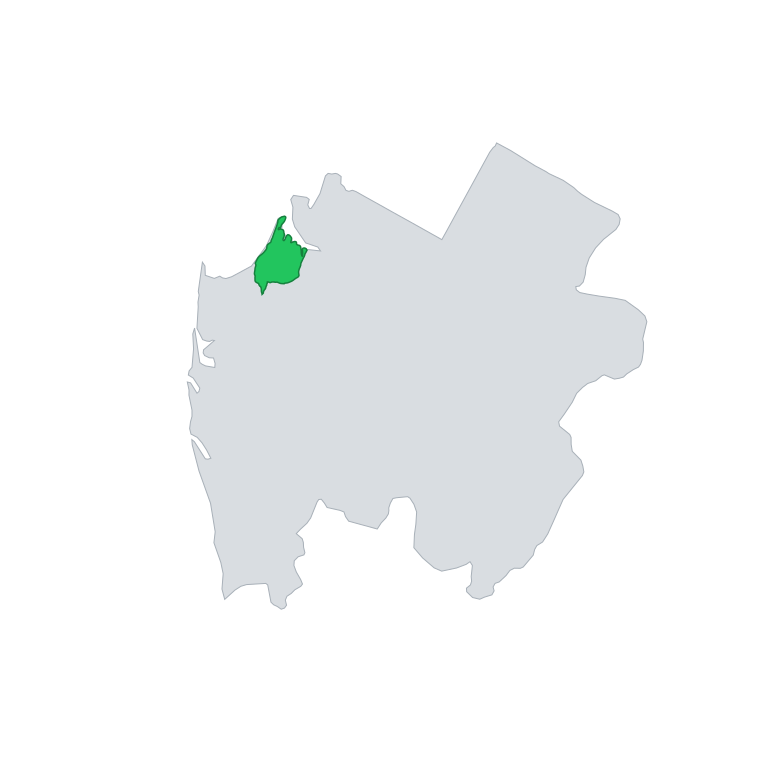 Komo-Ocèan, Estuaire, Gabon shown in context, rotated 29°
{"feature_id": "22940354B91533016002313", "entity_name": "Komo-Ocèan", "entity_type": "district", "adm_level": 2, "iso_a3": "GAB", "parent_name": "Gabon", "parent_adm1": "Estuaire", "projection": "robinson", "projection_center": [9.579, -0.117], "detail": "fine", "context": "in_parent", "style": "filled", "palette": "green", "viewbox_px": 768, "rotation_deg": 29, "n_neighbors": 0, "source": "geoboundaries", "source_scale": "gbopen_adm2", "svg_char_len": 6232}
<svg xmlns="http://www.w3.org/2000/svg" viewBox="0 0 768 768"><g transform="rotate(29 384 384)"><path d="M512.3,130.4L511.9,136.4L505.9,151.0L503.1,162.3L502.4,174.3L504.1,184.0L507.0,190.8L508.8,198.3L507.4,203.6L504.5,205.8L506.5,208.4L510.9,209.1L518.3,206.8L529.6,202.8L544.6,197.0L554.4,193.9L570.6,195.8L579.2,198.0L583.7,202.1L588.5,219.3L590.8,221.9L594.8,229.3L598.1,238.1L598.8,242.5L598.4,245.8L595.1,250.5L591.4,257.5L590.1,261.8L587.0,264.9L583.1,268.0L572.3,269.2L570.6,271.1L567.6,278.5L561.9,284.8L559.3,290.8L557.0,298.8L557.5,308.6L556.3,322.8L555.1,332.4L558.0,335.8L570.9,338.1L573.5,340.0L576.9,346.0L581.3,351.6L593.1,355.1L597.7,359.4L601.4,364.0L601.9,367.9L599.2,383.3L596.6,398.1L597.6,409.4L598.6,420.1L599.9,435.8L599.3,445.3L596.0,451.2L596.0,455.7L597.5,461.3L594.5,476.5L592.6,479.1L587.3,481.9L584.5,486.0L583.6,492.4L580.7,501.3L577.8,504.5L577.8,508.6L580.6,511.6L580.6,516.1L575.3,521.6L572.1,525.8L565.0,527.8L557.0,525.6L555.1,522.6L557.0,517.9L556.3,514.1L553.6,510.1L549.3,499.9L545.4,497.7L543.3,501.9L536.7,509.7L525.2,519.7L517.0,520.5L502.1,517.4L489.5,512.7L483.6,500.9L479.9,491.3L474.6,480.1L468.5,474.7L462.1,471.3L459.3,471.1L450.1,477.4L447.3,479.8L447.3,485.1L448.2,490.0L449.6,492.3L450.8,495.5L450.6,500.3L448.9,506.9L448.4,514.1L419.6,521.1L414.6,518.6L411.0,515.3L406.6,515.9L394.1,519.6L389.5,517.0L385.0,515.2L382.9,516.7L382.7,519.8L384.8,536.7L384.1,543.2L381.3,551.6L379.8,557.4L387.5,559.0L390.2,561.6L392.9,565.9L396.6,569.9L396.8,572.3L392.7,576.7L391.2,582.1L393.2,586.4L398.4,590.9L406.0,595.5L409.7,598.5L409.3,601.3L405.8,607.2L404.4,612.2L402.0,616.7L402.5,620.9L406.0,624.7L405.6,628.2L403.3,630.8L398.5,630.3L394.5,630.6L390.9,629.6L379.7,616.1L377.3,615.7L361.0,626.1L356.9,630.3L353.6,636.4L349.1,649.6L341.7,641.9L335.3,627.9L327.8,619.2L312.2,605.3L308.0,595.1L290.1,572.4L264.4,549.8L245.8,530.2L242.9,525.8L246.1,526.4L264.0,536.1L266.5,535.1L268.6,532.9L260.8,527.7L253.4,523.7L246.5,521.2L239.5,521.4L235.6,517.2L233.1,510.9L231.8,505.5L228.7,499.9L218.8,488.3L216.4,483.8L211.0,477.6L214.3,476.8L224.9,482.7L225.8,480.3L224.9,476.9L214.3,471.3L208.5,471.0L207.2,467.0L208.0,462.5L200.4,445.6L192.5,432.9L191.2,426.9L212.5,454.5L215.4,454.9L219.1,454.7L228.0,451.6L226.3,447.9L222.3,443.9L218.4,445.8L213.4,446.1L210.8,444.5L209.6,441.6L214.6,428.2L212.5,428.9L210.9,431.3L208.1,432.4L203.9,433.1L193.4,426.0L184.1,406.6L181.6,402.6L179.2,395.9L176.7,393.1L166.1,365.5L170.2,367.6L175.0,375.6L184.4,373.9L188.1,369.3L191.3,369.5L194.6,368.4L198.8,364.0L210.9,345.1L214.1,320.0L213.0,305.2L211.2,290.4L215.2,285.7L216.8,288.8L217.6,294.1L219.5,297.9L223.8,301.4L231.8,302.3L244.2,307.8L248.6,311.3L249.8,304.3L264.0,298.4L259.7,296.3L247.1,298.6L229.7,289.8L223.9,284.2L218.6,273.5L213.0,267.9L213.4,262.9L225.8,258.3L229.1,258.8L230.5,264.3L233.8,266.6L235.1,265.8L235.6,261.1L235.7,248.5L231.9,230.4L233.0,226.9L236.5,225.7L239.5,223.3L241.6,222.8L245.9,223.3L248.0,227.5L249.1,229.8L253.4,230.8L256.9,233.1L259.9,232.5L262.4,229.9L266.1,229.3L277.4,229.4L287.7,229.4L308.2,229.5L328.7,229.5L349.2,229.6L364.6,229.7L364.6,219.3L364.5,203.4L364.4,184.5L364.3,166.4L364.2,149.7L364.1,129.9L364.9,124.3L365.9,121.9L365.6,118.6L381.5,118.4L410.2,119.9L422.7,119.7L426.3,120.0L441.9,119.0L454.7,120.2L460.1,121.6L464.9,122.3L480.1,123.2L500.0,122.1L506.7,122.3L510.5,125.1L512.3,130.4Z" fill="#d9dde1" stroke="#a8b0b8" stroke-width="1"/><path d="M251.8,304.3L251.5,304.2L250.8,303.7L250.5,303.5L249.6,303.4L248.5,303.6L247.9,304.0L247.4,304.4L247.2,304.9L247.3,305.6L247.8,306.5L248.3,307.2L249.1,308.4L249.6,309.5L250.3,310.8L250.6,311.7L250.1,311.8L249.0,310.7L248.0,309.3L247.2,307.9L246.0,306.3L245.4,305.4L244.4,304.3L243.7,303.9L242.9,303.8L242.1,303.9L241.5,304.2L240.6,304.3L239.8,304.1L239.4,303.5L239.1,303.0L238.6,302.5L238.2,302.3L237.4,302.4L236.9,302.6L236.3,303.1L235.7,303.8L235.0,304.5L234.5,305.3L233.9,305.4L233.6,304.9L233.3,303.5L233.1,302.4L232.7,301.6L232.1,300.9L231.3,300.5L230.2,300.0L228.9,299.7L228.5,299.8L227.6,300.0L227.2,300.6L227.0,301.6L226.9,302.7L227.0,303.7L227.2,304.8L227.2,306.2L227.1,306.9L226.7,307.2L226.1,307.1L225.7,306.7L225.4,306.0L225.2,304.9L225.2,303.9L224.8,302.6L224.1,301.2L222.8,299.9L222.4,299.2L221.7,298.5L220.8,298.1L218.5,298.5L218.0,298.9L217.5,299.6L216.9,300.1L216.5,299.9L216.3,299.2L216.4,298.0L217.6,297.4L217.7,296.8L217.5,296.0L217.3,295.2L217.2,294.0L217.5,293.0L217.8,291.7L218.0,290.4L218.0,289.2L217.8,287.6L217.5,286.2L216.9,285.5L215.9,285.4L214.8,286.3L214.2,286.8L213.6,287.4L212.9,288.5L212.4,289.8L211.9,291.5L212.0,292.6L212.7,294.0L213.4,297.2L214.0,300.9L214.4,303.7L214.9,306.6L215.2,308.4L215.6,310.3L215.6,311.4L215.7,313.1L216.1,313.9L216.2,314.8L216.0,315.5L215.4,316.6L214.9,317.8L214.6,318.8L214.7,319.9L215.1,320.9L215.6,322.2L215.7,323.3L215.6,324.3L215.3,325.8L215.1,327.0L214.8,328.1L214.4,329.2L214.0,330.2L213.5,331.4L213.0,332.7L212.6,334.4L212.6,336.9L212.8,340.8L213.2,341.1L214.3,342.0L214.6,343.0L214.9,344.5L215.3,345.7L215.9,347.0L216.3,348.2L216.7,349.3L217.2,350.4L217.9,351.2L218.6,351.6L219.1,352.4L219.4,353.1L219.7,353.8L220.3,354.7L220.7,355.5L221.2,356.2L221.9,356.8L223.0,357.0L224.3,357.0L225.3,356.9L225.9,357.1L226.4,357.7L227.1,358.2L227.9,358.6L228.7,358.7L229.3,359.0L229.9,359.5L230.5,360.3L231.1,361.2L231.7,362.2L232.4,363.1L233.2,363.8L233.9,364.7L234.4,363.0L233.9,362.0L233.8,361.2L233.7,360.3L234.0,358.9L234.0,358.4L234.0,357.3L233.7,356.7L233.5,355.3L233.5,354.4L233.0,353.3L233.0,352.5L232.8,351.8L232.5,351.3L233.0,350.9L233.8,350.8L234.8,350.7L235.5,350.4L235.9,349.9L236.4,349.2L236.9,348.9L237.8,348.5L238.3,348.0L239.2,347.9L239.9,347.5L240.5,347.1L241.2,346.7L242.3,346.6L243.7,346.4L244.8,346.2L245.8,345.8L246.6,345.4L247.5,344.9L248.0,344.8L248.1,344.4L248.5,343.8L249.4,343.2L250.6,342.3L251.5,341.3L252.6,339.9L253.3,339.0L253.8,338.2L254.4,337.0L254.9,335.8L255.4,334.8L255.9,333.8L256.4,333.1L256.8,332.4L257.1,331.6L257.1,330.7L256.9,330.0L256.2,329.2L255.6,328.3L255.0,327.5L254.6,326.4L254.2,325.0L254.0,323.7L253.9,322.4L253.6,320.6L253.1,319.5L252.8,318.6L252.6,315.7L252.4,313.1L252.4,311.4L252.3,310.3L252.0,309.1L251.8,308.3L251.9,307.2L251.8,304.3Z" fill="#22c55e" stroke="#15803d" stroke-width="1.5"/></g></svg>